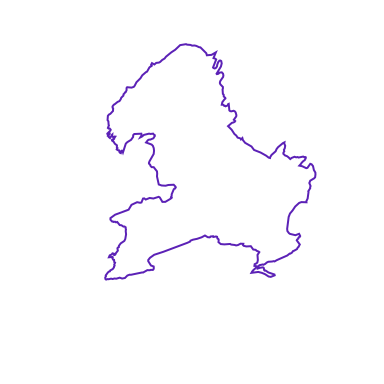 outline of Malemba-Nkulu, Katanga, Democratic Republic of the Congo, rotated 40°
{"feature_id": "63176286B11863220768150", "entity_name": "Malemba-Nkulu", "entity_type": "district", "adm_level": 2, "iso_a3": "COD", "parent_name": "Democratic Republic of the Congo", "parent_adm1": "Katanga", "projection": "equal_earth", "projection_center": [26.787, -8.06], "detail": "fine", "context": "isolated", "style": "outline", "palette": "violet", "viewbox_px": 384, "rotation_deg": 40, "n_neighbors": 0, "source": "geoboundaries", "source_scale": "gbopen_adm2", "svg_char_len": 6001}
<svg xmlns="http://www.w3.org/2000/svg" viewBox="0 0 384 384"><g transform="rotate(40 192 192)"><path d="M170.3,295.4L172.9,292.8L173.3,293.0L173.5,293.8L174.5,294.3L175.3,294.5L175.9,294.1L177.6,295.7L178.5,295.6L179.1,297.6L180.1,298.2L180.1,299.1L180.7,300.0L180.8,302.1L179.8,304.6L180.1,305.5L179.6,306.2L179.3,307.6L179.5,311.2L179.7,311.6L180.2,311.8L180.5,313.3L181.6,314.3L182.5,314.3L183.3,313.0L184.2,312.4L185.7,310.4L187.1,309.7L188.2,308.1L189.7,307.1L191.7,304.1L194.1,303.2L195.9,301.0L196.2,297.5L197.4,295.4L198.4,294.7L205.5,285.7L206.3,285.1L208.0,280.6L210.0,279.0L210.5,278.1L212.1,276.9L212.2,276.0L211.7,274.9L210.5,273.7L207.8,274.7L202.9,273.1L202.2,272.2L202.1,269.4L203.4,264.4L208.5,256.2L221.1,233.9L222.4,231.2L222.1,230.3L223.4,227.9L226.0,224.6L228.5,220.5L229.9,217.0L233.1,216.5L234.7,215.4L234.9,214.9L234.8,214.2L236.5,212.4L237.0,212.8L237.3,212.7L239.0,210.6L240.0,210.2L241.4,211.3L242.4,211.1L243.3,211.6L244.5,213.4L247.5,213.4L250.5,211.3L254.6,207.3L255.8,207.1L258.8,205.1L260.1,204.6L261.3,203.1L262.4,200.4L264.6,198.7L265.2,199.9L266.2,200.0L268.6,198.8L271.9,195.7L275.9,196.7L277.9,195.4L279.3,195.5L281.4,194.8L282.2,194.8L282.6,198.1L286.2,201.8L287.3,203.9L287.3,205.1L286.4,207.0L287.3,208.5L289.5,207.2L289.9,207.9L289.2,212.3L289.2,214.2L289.5,215.7L294.2,210.6L297.6,209.0L300.8,208.0L305.0,207.5L306.9,206.4L308.9,202.7L308.2,202.2L302.3,204.5L298.7,204.9L298.2,205.5L297.4,205.4L295.9,204.1L295.3,204.0L294.7,204.2L292.9,206.2L291.6,208.3L290.7,206.8L290.7,204.7L292.8,202.0L293.5,201.8L294.3,200.0L294.6,198.0L295.3,196.4L298.0,193.8L299.1,192.4L299.9,192.1L300.7,189.8L305.8,179.4L306.4,176.4L306.9,176.1L307.5,174.4L307.4,172.2L307.9,171.5L309.1,168.3L308.7,166.5L308.9,165.6L308.3,162.9L303.3,161.7L303.1,160.9L303.4,159.2L303.0,158.8L303.0,157.5L303.4,157.0L303.2,156.2L300.9,155.2L299.0,158.6L294.0,161.1L292.7,161.2L290.2,160.6L288.6,159.1L282.1,149.0L280.9,145.5L280.9,141.4L280.4,136.8L281.1,131.5L282.3,129.4L286.3,126.3L285.5,125.5L284.8,122.7L281.2,117.0L280.6,116.7L280.1,113.1L279.4,112.4L279.0,111.2L276.1,109.7L275.3,107.3L276.8,102.9L276.8,101.5L275.3,99.2L274.0,97.8L271.2,96.8L268.1,94.4L265.8,93.9L264.5,94.4L264.9,99.3L264.2,100.3L259.9,101.4L257.3,102.8L257.4,100.2L257.2,99.3L257.4,96.8L257.9,95.1L257.5,94.2L257.6,93.4L256.9,92.3L256.1,92.5L255.5,93.2L254.4,93.4L251.5,97.1L250.5,97.3L249.5,98.5L247.9,99.1L246.4,101.9L246.1,103.6L243.5,103.4L241.7,103.5L239.8,104.2L237.4,104.0L236.7,103.0L236.6,101.6L235.3,100.6L235.0,99.0L233.7,96.7L231.4,95.5L230.9,94.6L230.2,96.2L229.1,102.4L229.2,104.8L229.9,107.1L229.1,112.5L229.5,115.1L229.9,115.8L228.6,116.4L225.5,116.5L219.1,117.7L212.5,119.9L208.3,118.9L201.1,120.2L197.6,119.5L195.9,118.3L195.7,120.2L195.1,119.9L194.0,120.1L192.0,121.0L189.6,120.3L187.2,120.3L182.3,118.8L177.3,118.4L178.1,113.4L179.1,112.0L179.6,110.7L179.5,109.9L177.6,109.8L177.3,105.7L176.6,104.6L174.3,103.0L173.1,102.7L171.7,103.0L170.3,104.9L169.3,105.5L168.2,105.5L163.5,100.9L163.2,101.6L163.8,102.6L162.6,104.8L161.8,104.8L161.4,105.3L160.0,105.0L158.7,106.0L157.5,103.7L157.3,100.2L157.5,98.9L157.0,98.5L154.9,98.4L153.7,97.1L152.6,97.0L149.4,93.7L149.3,93.1L148.2,91.7L144.6,91.3L143.4,90.7L142.8,89.9L142.3,88.6L141.9,83.9L141.1,82.5L139.7,81.4L137.9,81.2L136.4,82.8L136.3,83.8L136.2,84.3L135.8,84.4L135.8,85.1L135.3,85.7L134.8,85.6L133.5,77.3L132.1,74.4L130.2,72.9L129.3,73.0L128.6,73.7L128.6,75.6L129.4,78.0L130.4,79.8L130.6,81.3L130.1,82.7L128.9,83.2L128.1,83.1L125.3,74.9L124.3,74.9L122.4,75.6L120.5,69.7L118.8,74.4L115.5,77.7L113.7,76.5L105.5,75.8L104.4,76.5L101.4,77.3L99.8,78.1L98.0,79.8L96.3,80.3L93.5,82.3L92.4,82.6L88.5,87.1L87.7,93.9L86.4,98.2L85.1,105.1L85.2,107.4L84.3,110.0L84.0,112.8L83.5,114.1L81.6,116.1L81.2,118.5L78.5,119.0L78.9,120.8L79.9,121.0L80.1,121.6L79.6,122.4L79.3,124.0L80.2,128.7L79.7,129.7L78.9,134.6L79.4,138.0L78.9,143.6L79.8,147.5L79.8,148.9L78.6,150.9L75.0,153.4L74.9,154.0L75.4,154.9L76.4,156.0L77.0,158.1L76.6,158.9L76.9,159.7L76.7,161.1L77.5,162.3L77.2,165.2L77.8,166.9L78.0,169.0L77.1,170.8L76.4,174.3L76.0,175.4L76.1,177.5L77.0,178.5L77.8,178.6L79.4,180.7L79.2,184.6L78.6,186.0L78.6,187.7L81.1,191.2L82.5,191.6L84.9,194.1L85.5,194.3L86.4,197.0L87.4,197.0L88.1,196.3L89.6,196.5L90.0,197.3L89.6,201.7L90.2,202.1L90.4,201.9L90.7,200.0L91.2,199.9L91.6,200.4L91.3,202.7L91.5,203.1L92.3,202.7L92.9,203.4L94.5,203.4L94.3,202.2L94.4,201.4L93.9,200.0L94.0,199.2L95.0,200.6L96.5,200.7L97.0,199.3L97.6,198.9L97.8,200.6L98.2,201.3L98.1,202.4L97.3,202.9L97.2,203.5L97.7,204.0L99.8,203.9L101.8,204.6L104.5,204.5L106.0,206.4L106.7,206.3L107.0,207.8L108.4,207.6L109.3,207.0L110.9,208.1L112.0,208.2L112.5,208.0L111.4,206.0L111.6,205.5L112.1,205.2L113.7,206.1L110.2,197.5L110.4,195.4L111.8,191.2L111.5,187.7L110.4,186.2L110.5,184.7L115.7,179.9L116.9,180.9L117.3,183.4L118.0,181.8L118.5,179.1L121.6,174.9L122.9,174.2L124.7,172.3L125.9,172.6L126.6,172.3L127.5,172.9L127.9,175.7L126.4,178.6L125.4,179.5L124.9,180.7L125.0,183.6L130.6,181.6L132.4,181.8L134.5,183.0L136.4,184.8L138.2,187.5L139.7,195.8L140.3,197.4L140.8,197.9L142.4,198.0L143.2,198.6L145.1,198.9L146.7,197.6L151.9,198.7L153.5,200.3L155.2,202.6L161.7,207.6L164.6,206.5L167.8,204.1L169.3,201.9L173.3,198.2L175.9,198.5L176.6,198.9L176.8,200.2L176.4,200.5L176.3,201.7L177.9,206.8L179.0,208.2L179.2,209.5L179.6,209.6L180.3,208.6L179.9,211.0L177.9,216.7L175.7,218.6L170.9,216.9L169.6,217.1L166.6,221.8L163.4,223.8L161.4,227.5L159.5,227.6L158.7,228.5L160.0,232.5L159.2,233.6L156.5,235.1L153.9,240.7L154.8,246.3L147.7,258.8L146.3,264.4L147.3,265.6L149.6,266.0L150.4,265.4L151.0,265.5L152.2,264.2L153.3,264.1L154.0,263.0L157.9,263.8L159.4,262.8L161.7,262.6L162.5,261.8L163.9,261.7L164.8,262.8L165.4,263.0L166.3,264.5L168.7,266.8L171.1,270.9L171.6,273.0L170.4,277.2L170.6,280.2L171.4,281.3L170.9,282.4L171.1,283.1L172.9,284.6L173.0,287.6L173.4,289.0L173.3,289.9L172.9,290.3L172.6,290.3L172.0,289.4L170.6,290.0L170.5,290.3L170.7,291.4L169.7,293.4L170.3,295.4Z" fill="none" stroke="#5b21b6" stroke-width="2"/></g></svg>